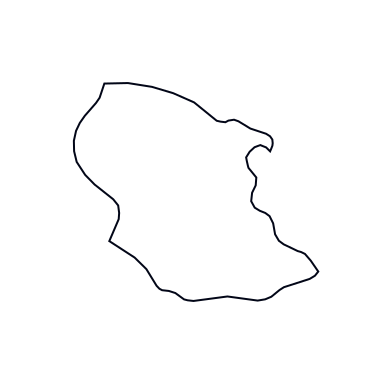 map outline of Phú Thọ (Robinson projection), rotated 325°
{"feature_id": "VNM-469", "entity_name": "Phú Thọ", "entity_type": "Province", "adm_level": 1, "iso_a3": "VNM", "parent_name": "Vietnam", "parent_adm1": "", "projection": "robinson", "projection_center": [105.192, 21.309], "detail": "fine", "context": "isolated", "style": "outline", "palette": "ink", "viewbox_px": 384, "rotation_deg": 325, "n_neighbors": 0, "source": "natural_earth", "source_scale": "10m", "svg_char_len": 1103}
<svg xmlns="http://www.w3.org/2000/svg" viewBox="0 0 384 384"><g transform="rotate(325 192 192)"><path d="M245.1,119.8L253.1,147.8L255.7,150.7L259.4,154.0L262.8,154.4L267.9,156.9L270.6,160.7L276.2,173.5L286.1,186.8L287.9,191.1L287.9,195.1L286.1,198.3L284.4,200.2L281.4,202.2L279.3,203.5L278.3,198.0L274.8,192.7L268.9,191.2L262.3,192.1L256.2,194.7L254.7,198.0L252.9,202.4L252.1,204.6L253.0,217.0L248.0,223.1L240.8,227.1L235.2,233.5L234.4,240.8L236.8,246.3L240.0,251.2L241.7,256.3L240.5,264.2L235.8,274.3L235.2,281.8L237.1,287.5L242.3,296.7L244.7,301.0L246.9,303.7L249.0,307.5L249.9,316.3L249.8,329.6L244.7,331.1L238.6,330.7L212.7,322.7L207.5,322.5L196.9,323.3L190.4,321.9L183.5,318.6L161.1,297.9L130.7,282.1L126.3,278.2L123.9,275.4L120.4,265.2L116.3,259.8L111.2,255.3L109.8,252.5L109.2,248.5L110.4,229.0L107.4,212.8L96.1,184.8L116.4,172.2L120.3,167.4L123.8,160.7L123.3,152.8L116.5,130.0L114.3,116.7L114.8,101.2L118.8,91.0L124.6,82.3L132.1,75.4L139.7,71.1L147.9,68.1L164.5,64.0L170.4,61.8L182.4,52.9L202.0,66.0L219.5,82.9L233.3,100.3L245.1,119.8Z" fill="none" stroke="#020617" stroke-width="2"/></g></svg>